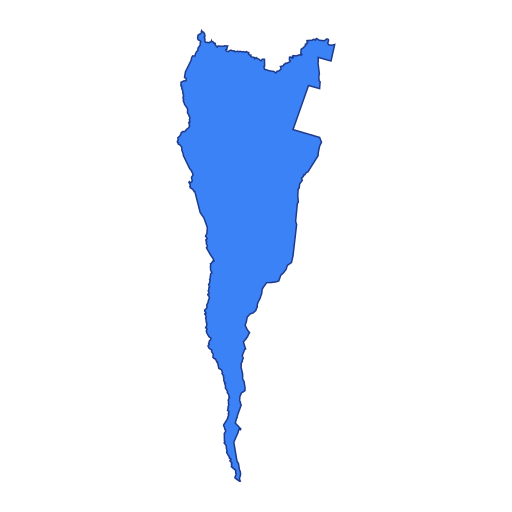 Ancasti, Catamarca, Argentina (Albers equal-area conic projection)
{"feature_id": "61730980B28877560844945", "entity_name": "Ancasti", "entity_type": "district", "adm_level": 2, "iso_a3": "ARG", "parent_name": "Argentina", "parent_adm1": "Catamarca", "projection": "albers", "projection_center": [-65.553, -29.088], "detail": "fine", "context": "isolated", "style": "filled", "palette": "blue", "viewbox_px": 512, "rotation_deg": 0, "n_neighbors": 0, "source": "geoboundaries", "source_scale": "gbopen_adm2", "svg_char_len": 5952}
<svg xmlns="http://www.w3.org/2000/svg" viewBox="0 0 512 512"><path d="M334.7,44.5L332.0,45.2L329.2,45.0L328.0,43.8L327.7,42.8L328.4,41.4L328.5,40.0L328.3,39.4L327.3,39.0L326.3,39.1L324.9,40.5L323.7,40.7L319.2,40.2L316.7,38.5L315.5,39.3L315.3,40.1L314.5,39.5L313.2,39.4L312.2,40.3L308.9,40.4L307.9,40.8L307.4,40.4L306.9,40.6L307.6,42.8L306.8,43.1L306.7,43.8L305.4,44.2L305.5,45.5L303.3,47.8L301.1,49.3L300.8,54.0L301.9,54.5L301.7,55.1L299.6,54.8L296.1,55.9L293.2,55.6L292.4,56.3L293.3,57.6L293.0,58.0L292.1,58.1L290.4,57.0L289.5,57.2L289.4,60.0L290.3,61.0L290.0,61.7L286.8,63.3L285.5,63.2L284.9,64.1L283.9,64.4L283.3,65.9L280.4,66.5L281.1,68.5L280.7,69.4L278.6,71.1L277.1,71.2L276.4,72.4L275.5,73.0L274.6,71.9L273.6,71.4L269.8,70.9L264.6,69.3L263.9,66.7L264.6,66.2L264.5,59.3L262.3,59.2L261.2,60.6L260.5,60.7L259.3,59.5L257.6,58.6L257.1,58.6L257.0,59.0L257.0,58.2L256.3,57.6L254.7,58.6L254.8,57.8L254.4,57.5L251.7,57.0L250.7,56.4L250.9,55.1L249.9,55.1L248.7,54.3L248.8,52.6L247.6,52.5L246.5,51.5L244.9,52.3L243.7,51.6L242.4,51.9L240.0,51.3L238.9,51.8L237.8,51.2L235.2,51.7L234.6,51.5L234.1,50.8L232.5,50.9L230.9,50.1L229.2,50.8L228.8,51.5L226.7,51.3L225.9,50.5L225.9,49.5L227.0,49.1L226.9,48.2L227.7,46.0L224.4,45.8L223.8,46.2L221.6,46.3L218.1,46.0L217.2,47.1L215.8,45.6L215.1,44.2L215.3,43.6L214.8,43.0L214.0,43.3L212.8,41.6L211.7,41.6L211.5,41.0L211.3,41.8L210.0,42.0L209.1,42.8L207.6,42.3L206.6,42.5L205.4,42.2L204.7,40.0L205.0,39.2L204.2,37.0L204.9,36.6L204.8,34.5L203.8,32.4L202.0,31.4L201.6,30.7L201.3,31.6L201.7,32.3L201.1,33.2L198.0,35.2L197.6,38.1L198.1,39.7L200.5,41.1L200.8,41.8L200.2,42.7L200.2,45.1L198.0,48.1L197.9,50.2L196.5,51.8L195.4,53.9L195.0,56.0L192.7,55.9L192.3,56.4L191.4,58.3L191.3,59.9L185.4,71.9L184.5,77.5L186.1,78.5L186.3,80.0L185.7,80.9L183.8,80.9L181.0,82.3L181.1,84.4L180.8,84.8L181.2,86.3L181.8,86.5L181.7,88.5L182.8,90.9L182.8,93.4L183.5,94.6L183.3,96.3L183.6,96.8L183.0,97.5L183.2,99.0L183.6,99.3L183.3,101.0L183.6,102.0L184.2,102.6L184.4,104.1L187.6,108.9L187.5,113.0L188.7,114.5L188.9,115.7L190.0,117.8L189.4,119.7L190.0,121.9L189.5,122.4L188.9,122.3L188.7,122.8L189.2,123.4L189.3,125.2L189.7,125.7L188.7,127.7L186.4,129.5L185.1,131.4L183.7,131.7L182.9,131.4L181.2,132.7L181.2,133.3L179.9,135.9L177.8,137.8L178.2,139.8L177.3,141.5L177.7,142.8L178.5,143.1L178.4,144.2L179.7,144.7L181.6,146.8L181.9,150.3L183.1,153.5L183.4,155.7L189.8,168.9L191.5,170.6L191.5,171.6L192.3,172.4L193.1,174.9L191.6,177.1L191.5,178.0L192.2,180.3L191.8,181.8L190.3,182.8L189.5,181.6L189.0,182.1L188.9,182.7L189.7,183.3L190.3,185.7L189.8,186.4L190.5,187.4L190.3,187.8L192.4,189.1L193.9,190.8L194.0,191.6L194.9,191.7L200.2,212.6L203.9,217.9L207.1,226.8L207.3,228.0L206.9,233.4L205.5,236.3L206.6,237.4L207.1,238.5L206.6,239.4L205.9,239.7L206.0,241.1L206.7,241.6L206.2,243.3L207.4,245.9L207.2,246.8L206.4,247.7L210.6,255.1L213.1,258.6L214.0,261.0L213.3,261.5L212.8,261.2L211.4,263.3L210.4,263.8L210.9,265.3L210.4,266.1L210.6,269.9L211.9,272.7L210.7,273.8L210.2,277.0L210.4,277.6L209.6,279.6L210.1,280.7L209.2,283.9L208.6,284.4L209.5,287.2L208.8,287.9L208.9,289.0L208.6,290.5L208.2,290.7L209.1,292.9L208.6,294.0L207.8,294.2L207.8,294.8L208.3,295.6L208.7,295.7L209.4,297.6L208.3,300.7L208.1,302.2L206.7,305.1L207.1,307.5L205.5,309.5L204.6,310.0L204.9,311.6L205.9,312.4L206.0,313.3L204.8,313.8L204.7,314.1L205.6,315.0L206.0,316.1L206.0,317.9L205.6,318.1L206.1,319.9L206.3,322.5L206.9,323.3L206.5,326.7L205.9,327.0L205.6,327.8L206.7,328.4L207.1,329.3L206.2,330.9L206.6,331.6L206.6,332.5L209.0,336.8L211.0,338.0L211.0,338.7L210.1,340.4L209.5,340.6L209.0,342.8L208.6,343.1L209.2,344.6L208.1,345.5L208.3,346.9L209.4,348.6L211.7,349.8L211.6,351.7L213.3,354.4L212.9,357.4L214.5,358.8L215.4,358.7L216.7,361.7L217.6,361.9L217.3,362.8L218.3,364.7L218.1,365.2L218.8,368.4L221.4,369.7L222.5,372.8L222.0,373.3L222.6,374.6L223.6,375.7L223.4,377.1L223.9,378.1L223.7,380.2L224.5,382.2L225.2,382.9L224.6,383.1L225.6,386.4L225.3,387.9L227.4,391.2L227.3,392.7L228.6,394.5L229.2,396.2L228.9,397.1L229.4,397.5L228.2,400.2L228.6,402.0L228.4,403.5L228.8,404.8L228.1,406.7L227.9,409.0L227.5,410.3L229.0,411.7L228.2,413.9L228.7,414.4L228.5,415.5L227.6,417.8L227.7,418.4L223.7,424.8L223.6,425.8L224.3,426.9L224.9,429.4L225.5,430.1L225.6,431.5L224.3,433.4L224.4,440.9L225.0,441.9L224.2,442.7L224.3,443.3L225.8,444.9L226.3,446.3L226.3,448.1L227.1,451.2L226.6,451.9L226.7,452.6L228.7,456.1L229.0,456.1L229.5,458.3L230.5,458.5L231.0,459.1L230.9,459.8L230.6,459.6L229.9,460.9L230.7,461.5L231.3,462.7L231.9,462.9L231.4,464.1L231.8,465.6L231.3,466.3L231.4,466.9L232.7,467.5L233.2,468.5L233.7,468.5L234.6,469.6L234.9,469.4L235.8,470.7L235.6,471.9L235.8,473.4L236.4,474.0L234.9,477.3L235.2,478.2L239.6,481.3L240.3,481.1L239.4,478.9L240.6,474.4L240.2,471.3L239.4,469.7L238.5,463.6L237.0,461.1L233.8,442.2L238.1,432.4L238.8,429.4L239.2,429.0L240.2,429.8L240.8,428.9L235.3,423.1L236.7,418.0L237.2,417.6L237.2,416.1L241.2,405.0L240.3,403.3L240.5,402.2L239.6,400.8L239.9,396.5L241.6,392.7L244.3,391.2L245.1,390.3L244.9,389.1L245.1,388.0L244.0,381.4L242.7,379.1L242.6,373.8L241.0,367.0L241.3,364.9L241.0,363.9L242.4,361.1L242.4,359.9L243.3,358.2L242.2,355.8L244.7,349.3L245.6,349.0L243.4,341.9L246.4,338.5L246.5,337.7L247.4,337.0L248.4,334.6L249.6,332.7L247.3,329.8L245.1,325.1L246.3,322.0L247.2,317.1L250.2,313.9L253.2,312.9L255.8,310.5L256.7,307.8L257.2,307.3L257.3,304.4L258.2,301.9L259.9,298.8L261.8,293.1L262.1,289.4L263.8,286.6L266.7,282.6L270.8,282.6L276.4,281.8L278.8,280.9L280.8,275.1L283.0,273.3L286.1,269.4L287.3,265.4L291.5,262.5L293.0,255.9L296.6,224.7L295.6,221.3L297.4,203.2L298.3,202.3L297.8,195.8L298.1,189.1L299.2,188.1L299.6,184.0L302.3,180.3L301.5,178.3L303.5,176.2L303.6,174.9L304.7,174.9L306.3,172.5L307.8,172.0L318.1,155.7L318.3,152.3L319.7,145.9L321.5,142.3L319.6,137.4L293.0,129.6L308.5,85.5L319.6,88.6L320.1,81.8L319.1,80.8L318.8,76.4L319.4,74.0L318.0,63.0L318.3,61.6L318.2,57.4L331.0,61.0L334.7,44.5Z" fill="#3b82f6" stroke="#1e3a8a" stroke-width="1.5"/></svg>